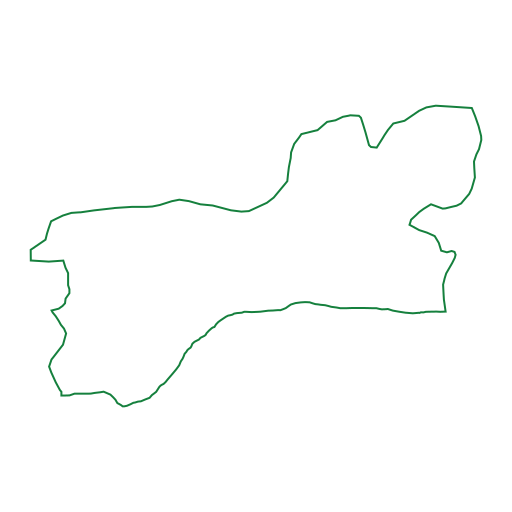 Dishna, Qina, Egypt (Robinson projection)
{"feature_id": "37247803B58798403168141", "entity_name": "Dishna", "entity_type": "district", "adm_level": 2, "iso_a3": "EGY", "parent_name": "Egypt", "parent_adm1": "Qina", "projection": "robinson", "projection_center": [32.452, 26.142], "detail": "fine", "context": "isolated", "style": "outline", "palette": "green", "viewbox_px": 512, "rotation_deg": 0, "n_neighbors": 0, "source": "geoboundaries", "source_scale": "gbopen_adm2", "svg_char_len": 3386}
<svg xmlns="http://www.w3.org/2000/svg" viewBox="0 0 512 512"><path d="M471.8,108.0L451.9,106.7L435.8,105.7L426.4,107.4L419.1,110.8L404.5,120.8L393.3,123.5L388.0,129.9L384.5,135.1L382.7,138.1L376.7,147.6L374.0,147.3L371.0,147.0L369.6,145.7L369.0,145.1L365.5,132.4L363.1,124.5L360.9,117.7L358.9,115.8L350.3,115.3L348.7,115.7L342.9,116.8L335.5,120.3L327.1,121.9L317.6,130.1L301.4,134.1L299.0,137.6L294.2,143.9L291.1,152.4L290.7,158.0L288.9,167.1L288.1,173.5L287.3,181.2L273.7,197.6L266.9,202.8L248.9,211.1L241.4,211.6L230.9,210.3L212.7,205.5L200.3,204.3L190.3,201.5L188.8,201.1L179.3,199.7L177.3,200.1L171.8,201.2L159.8,205.0L152.3,206.5L145.7,206.9L131.5,206.9L122.1,207.5L114.6,208.0L113.5,208.2L93.9,210.4L80.8,212.3L78.4,212.4L71.4,212.9L63.0,215.5L55.7,219.0L51.1,221.3L48.6,228.5L47.0,233.6L45.5,239.7L30.7,249.8L30.8,259.8L30.8,260.5L48.8,261.6L63.3,260.6L65.5,267.7L68.1,273.1L68.1,278.5L68.1,281.8L68.1,285.2L69.4,289.2L69.4,293.2L65.6,298.6L65.0,303.3L62.5,306.0L58.7,308.7L51.6,310.5L52.6,312.4L55.7,316.2L57.2,318.5L58.8,321.0L60.9,324.8L64.0,328.6L66.1,333.5L63.0,344.7L53.1,357.5L51.5,359.5L49.1,366.6L51.3,372.5L55.7,382.2L59.9,390.0L61.4,391.8L61.4,395.5L61.5,395.5L65.7,395.5L69.5,395.4L72.7,394.3L74.4,393.7L77.9,393.7L81.3,393.7L87.1,393.7L90.8,393.6L94.8,392.9L100.0,392.3L103.6,391.7L106.0,392.7L110.4,394.6L113.2,397.3L115.5,399.8L116.5,401.6L117.4,403.1L119.5,404.2L121.2,405.2L122.6,406.3L124.4,406.3L126.9,405.8L130.6,404.2L133.3,402.8L135.1,402.5L138.0,401.6L140.9,401.3L144.2,399.9L145.4,399.4L149.6,397.8L151.9,395.1L154.3,393.3L156.2,391.8L159.4,386.8L160.7,385.5L162.7,384.3L163.4,384.1L165.6,382.0L167.6,379.5L170.1,376.6L173.0,373.2L176.1,369.5L179.2,365.3L180.8,361.4L182.6,358.7L183.6,356.5L184.6,353.8L186.3,351.9L187.4,350.1L188.6,349.0L190.6,347.6L191.3,346.4L192.4,343.7L194.5,341.8L199.0,339.5L200.5,337.8L204.5,335.8L205.8,334.7L206.4,333.4L208.9,330.7L209.0,330.6L211.7,328.2L213.0,327.4L214.4,327.0L216.1,324.3L218.3,322.0L220.5,320.4L223.6,318.3L226.0,316.7L228.2,315.6L230.3,315.2L232.5,314.6L234.1,313.6L236.9,313.1L241.8,312.7L244.2,311.8L246.0,311.8L251.6,312.1L251.8,312.1L256.5,311.9L260.3,311.7L268.1,310.7L273.1,310.5L278.3,310.1L280.4,310.2L283.1,309.2L285.8,308.1L288.7,306.0L290.9,304.5L295.4,303.1L300.7,302.4L305.2,302.1L309.6,302.3L312.6,303.3L315.3,304.1L318.2,304.4L320.7,304.8L325.1,305.2L328.4,306.0L331.2,306.8L336.5,307.5L340.2,308.2L341.1,308.2L345.0,308.2L346.5,308.2L348.8,308.1L352.3,308.0L356.6,308.0L363.9,308.0L368.6,308.1L372.8,308.2L376.4,308.2L379.3,308.9L381.5,309.3L383.1,309.3L385.9,309.2L387.8,309.0L392.8,310.6L399.0,311.7L405.5,312.7L408.0,312.9L412.8,313.3L418.7,312.8L419.5,312.9L421.0,312.3L423.4,312.4L425.9,311.8L430.6,311.7L436.6,311.6L440.2,311.8L445.4,311.6L445.6,311.6L444.4,303.1L444.0,300.3L443.9,299.6L443.6,294.6L443.4,290.6L443.1,284.6L444.1,280.7L444.6,278.5L446.2,273.4L452.2,263.0L454.8,257.8L455.1,256.6L455.6,254.8L454.5,251.9L451.6,251.0L446.9,252.3L441.2,250.7L438.8,242.9L434.7,236.1L426.9,232.6L419.2,230.1L409.5,224.8L410.2,222.7L411.1,219.7L414.7,216.4L416.0,215.2L419.2,212.1L423.7,208.8L431.0,204.3L442.6,208.6L445.4,208.4L451.0,207.0L456.6,205.7L461.2,203.4L462.4,201.9L469.2,193.9L471.7,188.7L474.9,177.5L474.3,168.2L474.0,161.5L476.4,154.4L479.0,149.2L481.3,140.0L481.1,136.0L478.6,126.2L475.2,116.4L471.9,108.2L471.8,108.0Z" fill="none" stroke="#15803d" stroke-width="2"/></svg>